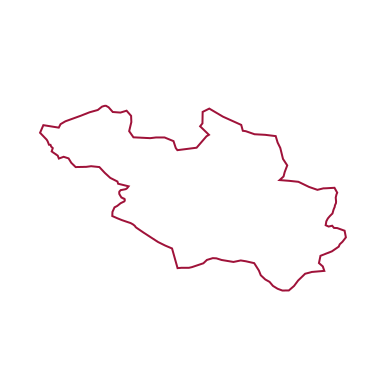 Yewa South, Ogun, Nigeria (Equal Earth projection), rotated 98°
{"feature_id": "59680162B97490121732821", "entity_name": "Yewa South", "entity_type": "district", "adm_level": 2, "iso_a3": "NGA", "parent_name": "Nigeria", "parent_adm1": "Ogun", "projection": "equal_earth", "projection_center": [2.951, 6.767], "detail": "fine", "context": "isolated", "style": "outline", "palette": "rose", "viewbox_px": 384, "rotation_deg": 98, "n_neighbors": 0, "source": "geoboundaries", "source_scale": "gbopen_adm2", "svg_char_len": 2101}
<svg xmlns="http://www.w3.org/2000/svg" viewBox="0 0 384 384"><g transform="rotate(98 192 192)"><path d="M269.4,195.7L268.5,191.8L267.5,184.5L266.4,181.6L265.1,179.0L261.0,170.8L257.2,167.8L254.6,162.2L254.3,158.6L255.2,153.2L255.5,141.2L253.0,134.2L253.1,129.0L253.8,120.5L260.5,114.8L264.9,112.3L268.4,107.3L270.2,102.7L273.7,98.8L275.9,93.8L277.0,88.8L276.0,82.4L270.9,77.9L264.9,74.6L257.2,68.6L255.6,64.7L254.5,62.2L251.7,50.0L247.5,52.1L244.7,56.4L237.3,55.9L231.3,45.2L225.7,39.1L223.2,38.4L220.4,36.1L215.5,33.3L209.1,35.5L207.5,43.2L207.8,46.4L205.9,48.5L207.2,51.9L206.3,55.0L202.3,54.9L199.3,53.8L196.6,52.1L193.7,49.9L190.0,49.4L188.3,49.0L187.0,48.6L185.4,48.6L183.0,47.9L181.3,48.0L177.6,48.9L174.3,48.6L172.5,48.1L168.0,51.5L169.7,60.0L170.1,62.4L172.4,68.1L170.7,76.8L167.1,88.0L167.4,97.0L168.0,106.9L163.9,103.5L159.5,103.0L152.4,101.4L146.6,106.5L136.1,110.7L131.1,114.1L125.0,116.9L125.2,127.6L126.1,138.1L124.3,147.2L124.3,150.2L118.7,152.6L118.5,153.3L113.1,171.8L107.0,186.5L111.2,192.6L122.6,191.2L125.8,193.1L133.0,183.2L134.8,185.4L147.5,193.6L152.6,212.3L150.7,214.2L144.2,217.4L141.8,226.8L143.0,235.2L144.5,240.9L146.0,257.6L140.5,262.7L131.2,261.8L125.1,262.9L120.6,268.1L123.3,273.9L123.8,281.6L119.7,286.4L118.6,289.2L118.9,290.7L120.0,293.0L123.9,296.7L127.3,304.5L132.2,313.2L136.0,320.4L139.6,327.2L143.1,331.6L146.8,332.9L146.5,348.5L154.5,350.7L160.4,343.2L161.9,342.0L165.1,340.2L165.0,338.7L166.6,337.8L167.9,336.0L171.4,336.6L174.7,330.0L177.4,328.5L175.0,324.0L175.9,318.9L179.9,315.6L183.5,310.7L181.8,300.2L180.5,295.5L180.2,287.2L185.2,281.0L189.4,274.9L192.0,267.3L194.1,266.3L195.2,255.6L197.3,256.8L198.4,258.0L200.1,262.9L201.7,264.0L202.7,264.0L204.1,263.7L206.0,262.2L207.4,261.0L207.5,259.8L207.9,259.4L208.1,258.8L208.1,258.0L208.6,257.6L209.9,257.4L210.7,257.7L213.1,261.2L214.4,262.4L216.2,264.1L218.0,266.6L222.8,268.0L226.9,267.6L228.4,262.3L229.6,257.5L230.6,252.3L231.3,248.5L232.3,245.9L233.5,243.9L234.5,243.0L235.1,242.1L239.0,234.2L246.2,218.8L248.8,211.0L250.7,203.9L269.4,195.7Z" fill="none" stroke="#9f1239" stroke-width="2"/></g></svg>